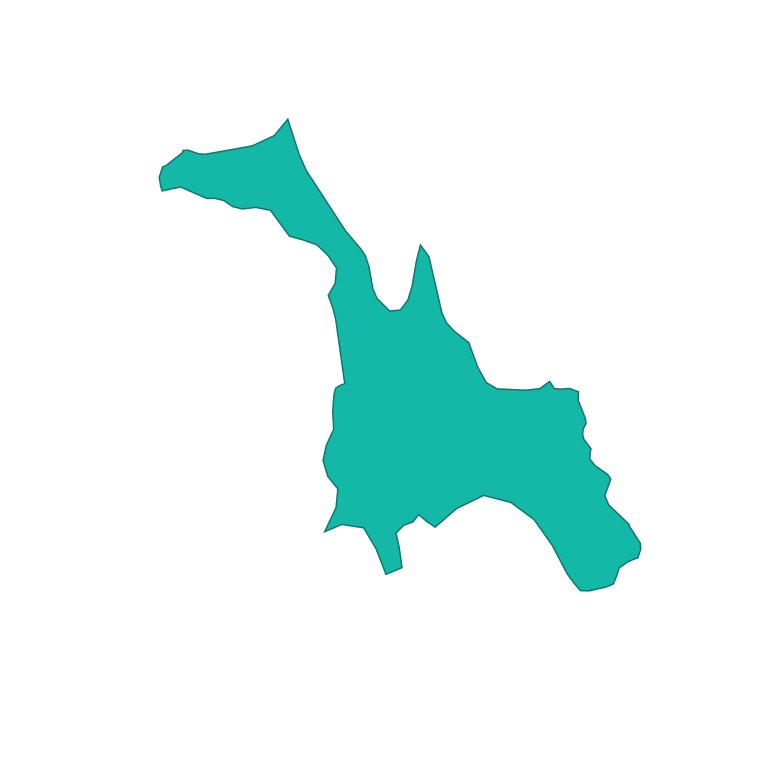 an SVG outline of Muyinga, rotated 307°
{"feature_id": "BDI-2644", "entity_name": "Muyinga", "entity_type": "Province", "adm_level": 1, "iso_a3": "BDI", "parent_name": "Burundi", "parent_adm1": "", "projection": "robinson", "projection_center": [30.357, -2.724], "detail": "fine", "context": "isolated", "style": "filled", "palette": "teal", "viewbox_px": 768, "rotation_deg": 307, "n_neighbors": 0, "source": "natural_earth", "source_scale": "10m", "svg_char_len": 1589}
<svg xmlns="http://www.w3.org/2000/svg" viewBox="0 0 768 768"><g transform="rotate(307 384 384)"><path d="M424.1,76.6L427.2,78.4L447.6,83.9L449.8,83.0L452.9,87.0L456.2,97.3L459.9,103.0L494.9,135.5L516.4,146.9L537.6,147.8L516.2,178.2L507.6,193.7L483.1,261.1L477.9,284.3L475.1,292.0L468.9,301.1L453.5,317.6L448.2,326.7L445.7,344.6L452.9,352.5L465.4,352.6L479.0,347.6L502.1,335.7L516.9,329.5L512.7,343.3L475.7,387.4L470.5,396.9L468.4,408.3L468.1,426.8L454.1,448.3L446.7,464.6L448.1,477.2L464.2,500.8L474.0,511.2L485.7,514.8L482.8,522.8L486.5,528.6L492.1,534.9L494.8,544.0L494.5,544.2L487.8,549.0L477.7,565.5L474.2,569.1L468.1,570.1L463.3,572.9L460.1,576.9L456.9,588.2L452.4,590.5L447.9,593.5L445.8,601.7L446.4,617.0L444.5,622.4L427.7,627.5L422.7,636.1L419.3,664.3L418.3,665.0L411.0,684.7L406.7,688.3L398.0,691.4L393.6,688.4L387.4,685.3L378.6,682.5L370.4,685.4L362.4,687.5L355.8,683.7L342.4,672.5L337.2,665.3L339.5,654.7L342.8,644.2L356.3,615.8L366.0,585.7L365.8,556.6L355.0,530.6L328.4,517.0L300.5,511.0L299.9,500.6L300.6,490.3L291.3,490.1L283.1,484.8L272.1,483.3L262.9,494.2L248.2,508.9L233.2,500.1L247.5,477.1L256.9,454.3L246.5,434.9L230.4,425.5L256.2,420.2L272.4,410.4L276.4,394.7L286.1,381.5L300.5,374.8L317.5,371.1L330.8,359.9L345.0,350.7L351.5,347.9L356.6,349.8L360.6,352.5L406.8,306.3L414.2,297.0L421.2,286.2L435.1,284.4L448.0,276.3L452.9,262.1L454.8,246.8L450.1,231.9L445.1,219.6L454.4,188.8L448.0,175.5L438.4,165.3L434.6,156.3L434.1,145.6L430.3,136.9L425.5,130.8L418.9,103.0L404.8,90.7L407.5,86.7L413.8,80.1L424.1,76.6Z" fill="#14b8a6" stroke="#0f766e" stroke-width="1.5"/></g></svg>